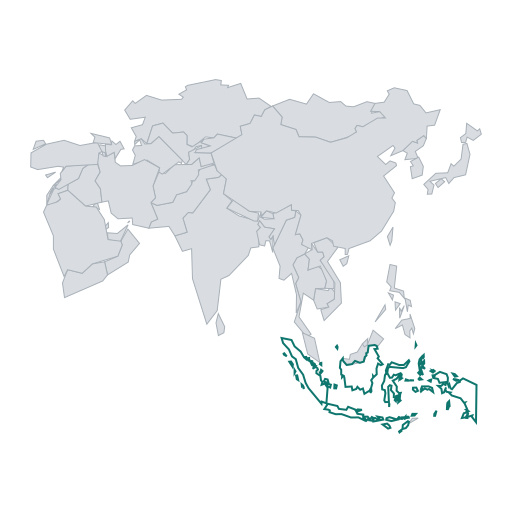 Asia, with Indonesia highlighted
{"feature_id": "IDN", "entity_name": "Indonesia", "entity_type": "country or territory", "adm_level": 0, "iso_a3": "IDN", "parent_name": "Asia", "parent_adm1": "", "projection": "equal_earth", "projection_center": [119.503, -2.501], "detail": "fine", "context": "in_parent", "style": "outline", "palette": "teal", "viewbox_px": 512, "rotation_deg": 0, "n_neighbors": 45, "source": "natural_earth", "source_scale": "50m", "svg_char_len": 17778}
<svg xmlns="http://www.w3.org/2000/svg" viewBox="0 0 512 512"><path d="M271.1,106.4L264.8,109.8L261.3,116.5L254.4,115.0L250.1,123.4L240.3,126.3L241.9,134.6L238.8,138.6L217.4,134.1L213.8,137.9L205.5,136.9L193.5,146.9L186.9,144.4L187.0,135.5L183.6,132.0L172.6,133.1L162.9,123.1L152.6,125.9L146.8,143.7L141.3,138.8L134.6,141.4L136.2,136.5L131.3,127.8L142.5,124.7L145.3,117.2L130.2,119.3L124.7,110.1L132.7,100.8L135.2,103.4L146.5,95.4L161.7,100.1L181.6,99.3L183.3,97.2L178.9,94.2L186.6,89.8L185.4,86.8L187.5,85.4L215.6,79.6L221.3,80.5L220.8,84.9L228.6,85.3L227.6,87.6L240.7,83.4L247.1,99.0L259.0,98.1L271.1,106.4Z" fill="#d9dde1" stroke="#a8b0b8" stroke-width="1"/><path d="M146.8,143.7L152.6,125.9L162.9,123.1L172.6,133.1L183.6,132.0L187.0,135.5L186.9,144.4L192.0,146.9L204.1,139.1L201.2,142.7L210.3,145.9L204.7,149.5L200.3,149.1L201.5,145.5L196.2,146.6L191.7,152.5L188.6,152.3L189.6,159.4L186.2,164.5L158.9,136.7L151.0,143.7L146.8,143.7Z" fill="#d9dde1" stroke="#a8b0b8" stroke-width="1"/><path d="M408.6,423.7L412.3,418.3L418.2,418.1L408.6,423.7Z" fill="#d9dde1" stroke="#a8b0b8" stroke-width="1"/><path d="M56.3,184.5L50.7,191.9L46.8,204.4L46.8,195.3L53.2,185.5L56.3,184.5Z" fill="#d9dde1" stroke="#a8b0b8" stroke-width="1"/><path d="M61.0,179.7L53.3,185.4L61.0,177.6L61.0,179.7Z" fill="#d9dde1" stroke="#a8b0b8" stroke-width="1"/><path d="M53.8,189.1L49.7,194.6L52.6,188.4L53.8,189.1Z" fill="#d9dde1" stroke="#a8b0b8" stroke-width="1"/><path d="M53.8,189.1L68.2,183.9L67.8,190.3L58.1,193.7L60.6,199.0L50.9,206.0L46.8,204.4L53.8,189.1Z" fill="#d9dde1" stroke="#a8b0b8" stroke-width="1"/><path d="M107.5,232.8L117.3,233.5L128.1,224.8L119.9,242.4L108.0,239.6L107.5,232.8Z" fill="#d9dde1" stroke="#a8b0b8" stroke-width="1"/><path d="M104.9,230.0L105.4,226.0L108.3,222.6L108.6,227.5L104.9,230.0Z" fill="#d9dde1" stroke="#a8b0b8" stroke-width="1"/><path d="M97.0,201.4L99.5,209.5L92.8,206.5L97.0,201.4Z" fill="#d9dde1" stroke="#a8b0b8" stroke-width="1"/><path d="M67.8,190.3L68.2,183.9L78.5,178.5L82.8,168.5L90.3,163.3L97.6,164.4L100.2,172.0L95.1,180.9L100.4,188.7L101.9,202.1L85.5,206.1L67.8,190.3Z" fill="#d9dde1" stroke="#a8b0b8" stroke-width="1"/><path d="M120.9,241.2L127.9,229.1L139.5,243.4L129.7,254.9L128.2,262.1L107.5,274.9L104.6,261.8L117.8,256.2L122.2,245.1L120.9,241.2ZM129.6,221.6L127.6,222.9L129.2,221.1L129.6,221.6Z" fill="#d9dde1" stroke="#a8b0b8" stroke-width="1"/><path d="M313.6,300.2L315.5,288.6L328.3,290.6L330.3,286.7L334.9,292.5L334.3,299.3L327.1,303.7L328.9,307.1L317.2,309.0L313.6,300.2Z" fill="#d9dde1" stroke="#a8b0b8" stroke-width="1"/><path d="M324.9,288.3L315.5,288.6L313.6,300.2L303.3,293.2L299.0,316.9L311.1,334.2L306.9,337.2L294.3,322.0L300.9,301.8L295.6,283.5L298.7,277.6L292.9,264.9L296.9,257.8L304.7,253.9L309.4,259.2L308.0,270.1L317.1,265.6L323.3,270.6L326.6,281.0L324.9,288.3Z" fill="#d9dde1" stroke="#a8b0b8" stroke-width="1"/><path d="M334.0,288.7L324.9,288.3L326.6,281.0L320.2,266.0L308.0,270.1L309.4,259.2L304.7,253.9L311.9,249.7L311.5,243.4L317.6,252.0L322.7,252.0L324.1,256.8L320.2,260.3L333.9,279.1L334.0,288.7Z" fill="#d9dde1" stroke="#a8b0b8" stroke-width="1"/><path d="M304.7,253.9L296.9,257.8L292.9,264.9L298.7,277.6L295.6,283.5L300.9,301.8L296.2,313.0L296.5,294.8L291.6,273.4L283.9,280.2L279.0,278.4L280.1,266.2L272.8,248.0L286.3,220.1L294.6,217.4L295.8,211.0L301.0,215.1L295.4,234.7L299.8,233.8L303.0,239.9L301.6,244.5L309.4,246.0L304.7,253.9Z" fill="#d9dde1" stroke="#a8b0b8" stroke-width="1"/><path d="M320.8,309.8L328.9,307.1L327.1,303.7L334.3,299.3L334.9,283.1L320.2,260.3L324.1,256.8L322.7,252.0L317.6,252.0L313.7,242.6L326.9,237.7L337.7,247.6L327.5,261.5L340.4,282.7L341.4,303.1L324.1,320.6L320.8,309.8Z" fill="#d9dde1" stroke="#a8b0b8" stroke-width="1"/><path d="M426.4,138.4L423.3,145.8L415.3,151.4L418.2,158.3L404.9,159.7L407.3,153.2L402.9,150.6L405.9,147.4L412.5,141.3L417.5,143.0L416.8,140.4L423.8,135.6L426.4,138.4Z" fill="#d9dde1" stroke="#a8b0b8" stroke-width="1"/><path d="M410.5,161.5L418.7,157.1L423.3,166.4L422.2,175.1L412.2,178.7L410.4,166.7L413.3,165.8L410.5,161.5Z" fill="#d9dde1" stroke="#a8b0b8" stroke-width="1"/><path d="M272.6,106.0L289.6,99.3L306.5,104.1L313.5,93.8L329.3,102.5L340.7,101.6L345.9,106.1L353.6,106.8L366.9,101.7L375.0,103.4L371.5,113.2L379.8,111.6L385.9,116.3L362.8,126.8L357.1,125.4L355.0,128.5L356.6,131.9L351.2,136.1L330.5,142.3L315.6,137.1L299.0,136.8L296.0,129.5L280.8,124.6L282.1,117.1L272.6,106.0Z" fill="#d9dde1" stroke="#a8b0b8" stroke-width="1"/><path d="M295.8,211.0L294.6,217.4L286.3,220.1L274.5,244.9L273.0,236.2L270.9,239.7L268.9,236.9L274.4,228.8L264.6,227.2L259.6,220.8L257.9,224.5L260.5,227.4L256.7,231.4L259.1,232.9L258.8,246.8L250.8,247.9L248.3,255.4L229.0,275.5L220.9,279.2L217.2,310.6L206.8,324.2L192.5,278.7L191.6,248.7L182.4,251.3L174.9,235.8L187.1,232.2L182.9,218.1L188.2,212.5L192.8,212.9L210.3,189.7L206.2,179.1L218.7,177.3L223.2,173.0L226.4,179.0L223.5,193.7L231.9,200.8L226.9,208.2L238.9,215.9L257.6,221.0L261.1,212.0L261.1,217.3L264.5,219.3L273.9,218.7L272.9,213.7L291.4,204.6L291.5,210.2L295.8,211.0Z" fill="#d9dde1" stroke="#a8b0b8" stroke-width="1"/><path d="M273.0,236.2L272.8,252.5L269.6,240.9L265.9,240.7L264.6,246.0L259.5,244.8L256.7,231.4L260.5,227.4L257.9,224.5L259.6,220.8L264.6,227.2L274.4,228.8L268.9,236.9L270.9,239.7L273.0,236.2Z" fill="#d9dde1" stroke="#a8b0b8" stroke-width="1"/><path d="M272.9,213.7L273.9,218.7L261.1,217.3L266.4,210.8L272.9,213.7Z" fill="#d9dde1" stroke="#a8b0b8" stroke-width="1"/><path d="M258.6,213.1L257.6,221.0L254.2,221.1L226.9,208.2L233.7,199.5L249.5,211.3L258.6,213.1Z" fill="#d9dde1" stroke="#a8b0b8" stroke-width="1"/><path d="M223.2,173.0L218.7,177.3L206.2,179.1L210.3,189.7L192.8,212.9L188.2,212.5L182.9,218.1L187.1,232.2L174.9,235.8L168.9,226.4L148.8,228.2L151.3,221.9L157.7,219.1L150.9,202.6L157.0,205.4L172.8,202.3L176.5,194.8L186.5,191.7L201.0,167.8L214.4,164.6L217.2,170.9L223.2,173.0Z" fill="#d9dde1" stroke="#a8b0b8" stroke-width="1"/><path d="M174.3,164.7L191.5,164.5L199.2,157.8L201.2,166.6L207.5,162.8L214.4,164.6L198.3,170.0L198.7,174.7L194.7,180.8L191.0,180.6L191.9,184.0L186.5,191.7L176.5,194.8L172.8,202.3L157.0,205.4L150.9,202.6L155.5,197.8L153.0,186.0L158.9,172.2L165.5,173.4L174.3,164.7Z" fill="#d9dde1" stroke="#a8b0b8" stroke-width="1"/><path d="M186.2,164.5L189.6,159.4L188.6,152.3L201.5,145.5L201.9,149.0L195.2,152.6L211.1,153.0L214.0,163.1L201.2,166.6L199.2,157.8L191.5,164.5L186.2,164.5Z" fill="#d9dde1" stroke="#a8b0b8" stroke-width="1"/><path d="M204.1,139.1L213.8,137.9L217.4,134.1L238.8,138.6L211.1,153.0L195.2,152.6L196.3,149.7L210.3,145.9L201.2,142.7L204.1,139.1Z" fill="#d9dde1" stroke="#a8b0b8" stroke-width="1"/><path d="M134.6,141.4L141.3,138.8L144.8,144.0L151.0,143.7L158.9,136.7L182.3,160.3L181.5,163.4L178.8,161.9L162.4,174.1L158.9,172.2L159.6,167.9L147.1,160.1L132.8,164.3L135.3,155.4L132.5,150.0L134.6,145.9L141.6,145.5L139.7,139.8L134.7,144.6L134.6,141.4Z" fill="#d9dde1" stroke="#a8b0b8" stroke-width="1"/><path d="M101.9,202.1L100.4,188.7L95.1,180.9L100.2,172.0L96.9,160.4L98.9,153.0L105.5,156.5L114.2,152.3L115.3,162.3L120.5,165.9L132.1,165.5L144.5,159.6L159.6,167.9L153.0,186.0L155.5,197.8L150.9,202.6L157.7,219.1L151.3,221.9L148.8,228.2L132.7,224.6L132.2,218.0L118.0,218.8L111.2,213.2L108.3,200.9L101.9,202.1Z" fill="#d9dde1" stroke="#a8b0b8" stroke-width="1"/><path d="M55.0,187.4L61.0,179.7L60.3,173.4L66.1,166.2L88.4,164.1L82.8,168.5L78.5,178.5L58.7,189.5L55.0,187.4Z" fill="#d9dde1" stroke="#a8b0b8" stroke-width="1"/><path d="M106.9,156.3L98.7,148.9L99.9,144.8L106.9,146.2L106.9,156.3Z" fill="#d9dde1" stroke="#a8b0b8" stroke-width="1"/><path d="M97.6,164.4L66.1,166.2L62.0,171.3L63.6,167.1L58.2,166.3L37.7,169.6L30.7,167.0L31.0,152.9L46.4,144.2L64.1,140.3L80.0,145.5L97.3,142.4L102.0,151.6L98.9,153.0L97.6,164.4ZM36.1,141.2L43.5,140.3L45.6,143.8L33.2,149.4L36.1,141.2Z" fill="#d9dde1" stroke="#a8b0b8" stroke-width="1"/><path d="M224.7,326.7L223.9,332.7L218.4,335.6L216.0,322.9L218.3,313.6L224.7,326.7Z" fill="#d9dde1" stroke="#a8b0b8" stroke-width="1"/><path d="M343.2,266.3L339.8,259.7L348.8,255.8L346.8,263.6L343.2,266.3ZM211.1,153.0L241.9,134.6L240.3,126.3L250.1,123.4L254.4,115.0L261.3,116.5L264.8,109.8L272.6,106.0L282.1,117.1L280.8,124.6L296.0,129.5L299.0,136.8L315.6,137.1L330.5,142.3L346.8,137.8L356.6,131.9L355.0,128.5L357.1,125.4L362.8,126.8L377.4,118.1L385.5,118.0L379.8,111.6L370.6,111.3L375.0,103.4L384.2,102.2L389.2,94.2L387.3,90.8L394.3,87.8L407.1,90.6L413.7,103.9L419.9,105.4L426.0,112.9L440.2,109.7L434.6,125.2L427.1,126.1L426.4,138.4L423.8,135.6L416.8,140.4L417.5,143.0L412.5,141.3L402.9,150.6L390.8,155.7L395.0,148.1L393.0,145.5L377.4,156.5L385.7,164.5L390.0,160.9L395.9,163.0L396.5,165.6L383.6,176.0L394.5,192.8L391.9,198.1L395.3,202.6L393.7,211.2L381.5,231.1L370.1,240.8L349.0,248.5L347.5,254.3L345.2,254.6L345.2,248.5L333.6,246.2L332.5,240.8L326.9,237.7L311.5,243.4L311.9,249.7L301.6,244.5L303.0,239.9L299.8,233.8L295.4,234.7L301.0,215.1L298.2,210.6L291.5,210.2L291.4,204.6L276.2,213.0L266.4,210.8L261.1,216.2L261.1,212.0L249.5,211.3L223.5,193.7L226.4,179.0L217.2,170.9L211.1,153.0Z" fill="#d9dde1" stroke="#a8b0b8" stroke-width="1"/><path d="M393.0,227.1L391.8,240.8L390.1,245.3L387.4,236.6L393.0,227.1Z" fill="#d9dde1" stroke="#a8b0b8" stroke-width="1"/><path d="M111.9,141.0L115.9,144.5L120.0,141.3L124.1,148.9L120.9,149.3L115.2,158.6L114.2,152.3L106.9,156.3L105.5,150.7L105.4,144.0L110.9,144.9L111.9,141.0ZM105.5,156.5L103.1,155.8L102.0,151.6L105.2,152.8L105.5,156.5Z" fill="#d9dde1" stroke="#a8b0b8" stroke-width="1"/><path d="M91.0,133.4L109.6,137.9L111.6,144.4L93.2,142.6L94.9,137.2L91.0,133.4Z" fill="#d9dde1" stroke="#a8b0b8" stroke-width="1"/><path d="M392.4,300.0L388.4,292.9L393.5,295.1L392.4,300.0ZM399.7,318.2L399.5,307.6L401.2,311.1L404.3,305.6L399.7,318.2ZM410.0,314.0L414.8,328.6L413.4,333.9L411.8,328.1L409.8,331.0L410.0,337.9L405.0,334.5L402.4,325.0L395.2,328.6L401.8,320.1L410.2,318.4L410.0,314.0ZM385.7,309.4L375.1,321.9L385.0,304.8L385.7,309.4ZM396.7,266.1L394.3,288.0L403.6,291.1L404.2,298.2L399.3,292.4L389.7,290.7L391.2,286.9L386.7,281.9L390.0,264.5L396.7,266.1ZM395.5,310.1L395.0,301.8L400.2,303.6L395.5,310.1ZM410.2,300.3L411.5,306.6L408.2,305.1L407.4,311.8L405.0,298.1L410.2,300.3Z" fill="#d9dde1" stroke="#a8b0b8" stroke-width="1"/><path d="M302.4,332.8L314.5,338.2L319.8,362.5L307.7,354.0L302.4,332.8ZM378.0,346.1L369.4,345.2L364.1,361.7L346.6,365.5L343.7,362.2L343.0,358.4L349.4,359.3L350.3,354.4L357.2,352.1L362.4,343.9L367.2,345.1L373.1,330.2L383.6,338.9L378.0,346.1Z" fill="#d9dde1" stroke="#a8b0b8" stroke-width="1"/><path d="M367.7,338.6L367.2,345.1L364.3,346.9L362.4,343.9L367.7,338.6Z" fill="#d9dde1" stroke="#a8b0b8" stroke-width="1"/><path d="M470.0,154.3L465.6,174.8L454.0,177.6L448.8,183.5L445.7,177.6L429.9,181.3L434.0,185.1L431.8,194.0L427.3,194.2L428.1,189.5L423.8,184.4L435.8,173.3L447.7,172.8L451.1,163.7L453.8,166.2L461.1,159.1L463.0,144.3L466.9,143.4L470.0,154.3ZM477.4,130.9L479.7,128.8L481.3,134.2L473.3,140.4L467.1,137.1L465.6,142.4L461.5,142.5L460.5,137.6L465.8,133.6L466.7,123.3L477.4,130.9ZM435.4,183.5L441.2,178.8L444.7,181.7L438.1,187.5L435.4,183.5Z" fill="#d9dde1" stroke="#a8b0b8" stroke-width="1"/><path d="M104.6,261.8L107.5,274.9L102.8,280.9L64.5,297.6L62.5,283.0L67.6,269.7L82.2,273.3L92.3,263.9L104.6,261.8Z" fill="#d9dde1" stroke="#a8b0b8" stroke-width="1"/><path d="M46.7,205.2L57.8,201.7L60.6,199.0L58.1,193.7L67.8,190.3L85.5,206.1L96.3,207.1L104.3,219.5L108.0,239.6L120.9,241.2L122.2,245.1L117.8,256.2L92.3,263.9L82.2,273.3L67.6,269.7L64.1,276.6L53.4,249.1L53.4,235.8L43.5,212.1L46.7,205.2Z" fill="#d9dde1" stroke="#a8b0b8" stroke-width="1"/><path d="M55.7,172.1L47.5,177.7L45.6,175.0L55.7,172.1Z" fill="#d9dde1" stroke="#a8b0b8" stroke-width="1"/><path d="M342.8,358.3L342.9,360.6L346.6,364.9L352.1,364.1L355.0,360.9L359.9,362.8L363.7,361.6L364.8,357.0L366.5,355.4L366.2,353.3L367.7,352.5L368.6,345.8L374.7,345.0L376.7,345.9L377.6,348.7L374.5,349.1L378.8,356.6L377.6,358.3L382.7,364.3L380.8,365.2L378.1,363.6L376.5,368.5L376.7,374.3L373.9,376.9L373.1,375.9L373.2,377.5L371.2,380.2L372.4,383.1L371.1,387.9L370.3,389.1L369.8,390.5L364.4,393.8L362.9,388.5L360.2,389.7L357.4,386.8L356.2,389.0L352.4,390.3L351.7,386.5L345.5,386.9L344.3,377.2L343.5,375.7L341.2,374.5L341.2,369.7L339.9,367.9L340.5,361.3L342.8,358.3ZM281.6,338.0L291.5,340.0L294.6,346.4L300.7,351.6L304.0,357.3L305.6,358.7L305.3,357.0L306.2,356.9L308.1,360.2L310.4,361.6L312.0,365.1L314.7,366.6L312.6,368.7L316.0,366.9L317.4,368.2L317.9,369.6L316.4,371.0L316.4,373.2L320.4,375.9L321.0,380.4L322.4,381.9L321.6,384.8L324.8,383.6L327.6,387.7L326.4,403.3L321.7,401.6L321.5,403.8L308.5,388.1L305.6,382.8L303.1,374.7L298.2,367.9L295.8,359.2L292.0,356.4L288.9,349.4L283.1,343.1L281.6,338.0ZM476.5,384.9L476.0,422.2L471.9,416.9L472.4,415.4L467.2,417.1L468.1,413.4L466.7,411.5L467.2,411.2L468.0,411.4L468.5,411.2L466.1,409.7L467.2,409.3L464.5,403.2L465.1,402.5L464.0,402.7L460.6,398.3L451.8,395.5L449.6,393.3L450.5,392.5L446.6,391.8L445.3,389.9L446.0,387.4L444.1,392.3L442.1,393.2L441.4,388.8L438.1,385.9L441.3,385.9L443.3,383.9L445.5,385.0L446.4,382.0L439.5,382.8L437.9,378.9L433.9,378.1L435.1,374.8L439.9,371.9L446.6,374.2L447.9,377.7L447.6,383.2L448.7,386.2L449.4,384.5L450.5,388.3L452.0,389.2L456.9,383.0L459.8,382.0L460.1,380.5L463.0,378.4L476.5,384.9ZM409.4,361.3L405.9,367.2L403.1,368.1L389.5,366.9L387.9,368.4L387.3,373.1L389.9,377.8L392.0,377.6L393.8,374.7L395.5,375.3L400.6,373.2L401.7,374.4L401.5,375.7L399.4,375.1L396.6,378.8L392.8,380.7L396.8,386.6L396.6,390.7L399.2,393.2L399.3,395.1L396.1,396.0L395.7,397.6L393.8,397.2L393.9,393.4L390.9,390.1L391.5,385.7L389.8,385.2L388.2,386.8L388.9,402.0L385.2,402.1L384.3,400.4L385.4,393.1L384.8,390.1L382.2,389.4L381.9,385.5L384.2,381.0L385.0,375.1L385.8,373.8L386.4,374.9L385.9,370.4L388.2,364.3L389.6,365.0L391.7,362.3L399.2,365.0L403.8,365.0L408.8,360.2L409.4,361.3ZM327.8,403.8L337.4,406.0L338.9,408.9L346.4,409.8L348.1,406.8L355.3,409.6L357.4,413.8L363.3,414.6L363.2,418.1L364.1,420.2L358.4,417.4L351.0,417.5L341.5,414.1L335.7,414.2L329.5,412.2L329.8,410.4L328.4,409.7L324.4,409.1L327.8,403.8ZM420.0,365.0L424.1,360.9L424.2,363.5L422.3,365.7L425.0,368.7L421.1,367.2L420.7,368.2L423.0,375.0L419.9,371.3L418.7,363.4L419.6,359.3L421.3,357.3L421.2,362.2L420.0,365.0ZM428.6,386.4L432.1,387.9L433.1,392.1L429.0,389.0L427.4,389.7L424.8,388.5L423.3,389.7L421.7,388.0L420.7,390.0L422.0,386.4L428.6,386.4ZM398.8,419.3L391.4,421.1L386.2,419.8L386.5,418.2L389.6,417.2L396.9,419.4L399.4,416.4L398.8,419.3ZM377.5,416.6L382.5,417.5L383.3,419.6L373.4,421.5L373.6,418.8L375.0,417.9L378.4,419.9L379.6,419.2L377.5,416.6ZM407.9,421.2L408.9,421.7L408.1,425.3L405.8,428.1L402.5,429.0L402.8,425.0L407.9,421.2ZM327.6,379.5L328.9,384.1L330.9,384.7L330.2,387.5L327.4,386.1L326.5,382.4L323.7,381.6L325.1,378.9L327.6,379.5ZM465.7,417.4L461.9,418.0L463.8,413.3L466.8,412.3L467.7,414.0L465.7,417.4ZM387.1,423.6L389.4,425.6L390.4,427.8L388.1,428.6L382.6,424.5L387.1,423.6ZM416.3,387.6L417.9,390.8L415.5,391.9L412.9,389.6L413.0,387.7L416.3,387.6ZM367.7,416.7L368.8,418.1L366.5,420.6L363.6,416.7L367.7,416.7ZM373.1,417.7L372.6,420.8L369.5,420.3L371.8,417.0L373.1,417.7ZM336.8,385.4L336.1,388.4L334.3,388.3L334.5,384.6L336.8,385.4ZM449.1,401.1L449.6,406.0L448.5,406.3L447.3,404.7L447.5,402.7L449.1,401.1ZM361.9,409.8L357.8,411.4L356.1,410.5L357.6,409.4L361.9,409.8ZM400.1,395.1L399.7,399.4L400.6,400.5L398.3,402.4L399.2,396.4L400.1,395.1ZM291.0,361.5L292.9,364.3L292.5,366.7L289.3,361.7L291.0,361.5ZM298.2,380.1L296.8,379.2L296.1,375.5L297.2,375.4L298.2,380.1ZM435.1,415.8L434.2,415.8L434.3,414.0L436.5,410.7L435.1,415.8ZM433.2,369.9L435.4,371.6L432.4,370.4L433.5,371.9L432.9,372.5L430.7,371.1L433.2,369.9ZM405.9,379.4L409.7,380.7L405.5,380.6L405.9,379.4ZM398.3,400.2L396.8,400.4L397.1,397.3L398.6,396.4L398.3,400.2ZM452.7,373.6L454.8,374.1L456.9,376.2L454.9,376.7L452.7,373.6ZM415.9,413.9L414.5,415.5L411.7,415.7L412.4,413.9L415.9,413.9ZM448.9,406.9L447.9,409.2L446.9,409.1L447.1,405.4L448.9,406.9ZM421.8,379.4L419.3,379.8L418.6,379.0L419.7,377.6L421.8,379.4ZM453.0,379.0L456.1,379.4L459.1,380.2L456.2,380.8L453.0,379.0ZM399.5,376.7L402.0,378.2L400.6,379.2L400.5,377.4L399.4,379.0L399.5,376.7ZM423.1,358.1L422.1,356.7L423.7,355.0L423.8,357.1L423.1,358.1ZM406.5,416.6L408.5,416.8L408.8,417.7L405.6,418.2L406.5,416.6ZM431.2,379.6L430.7,381.7L428.6,380.6L429.7,380.0L431.2,379.6ZM371.4,391.5L370.3,392.9L371.2,388.6L371.4,391.5ZM419.3,371.7L420.7,374.5L420.2,375.0L418.2,372.8L419.3,371.7ZM286.7,356.3L283.9,354.6L283.6,353.7L284.3,353.3L286.7,356.3ZM337.3,348.7L335.9,347.0L337.0,345.7L337.6,347.0L337.3,348.7ZM434.0,377.5L433.0,377.1L432.6,375.4L434.1,375.2L434.0,377.5ZM314.6,365.0L312.4,365.0L312.5,363.6L314.6,365.0ZM309.1,358.0L309.1,359.6L308.2,359.9L307.8,358.3L309.1,358.0ZM403.7,417.3L402.1,419.0L400.7,418.8L401.4,417.4L403.7,417.3ZM399.5,432.4L399.1,431.5L401.3,429.9L401.5,430.9L399.5,432.4ZM410.6,380.2L414.0,380.4L410.0,380.5L410.6,380.2ZM321.3,362.9L321.3,365.1L319.9,364.1L320.4,363.1L321.3,362.9ZM343.3,375.9L342.1,377.2L342.2,375.6L343.3,375.9ZM303.7,387.1L303.8,389.0L302.7,385.9L303.7,387.1ZM321.1,369.8L323.1,371.5L320.7,371.0L321.1,369.8ZM395.7,401.1L394.7,400.1L395.2,399.0L395.7,399.5L395.7,401.1ZM295.5,371.4L294.6,373.0L294.6,369.9L295.5,371.4ZM312.1,364.2L311.5,363.7L311.4,361.9L312.2,362.8L312.1,364.2ZM416.5,345.3L415.6,346.5L415.8,343.8L416.5,345.3ZM405.0,417.0L404.6,418.8L403.7,418.4L405.0,417.0ZM312.3,361.2L312.4,362.3L310.4,360.7L312.3,361.2ZM319.9,372.6L321.3,372.6L320.4,373.7L319.9,372.6ZM315.3,364.9L313.3,363.8L313.4,363.2L314.6,363.8L315.3,364.9ZM400.7,392.9L400.2,394.2L399.7,393.0L400.7,392.9ZM422.5,390.1L421.0,391.6L420.8,391.1L422.5,390.1ZM467.2,418.0L465.9,417.9L465.8,417.6L466.8,416.8L467.2,418.0ZM389.4,404.2L389.1,407.0L389.1,403.1L389.4,404.2ZM302.7,385.3L301.9,386.1L301.7,384.4L302.7,385.3Z" fill="none" stroke="#0f766e" stroke-width="2"/></svg>